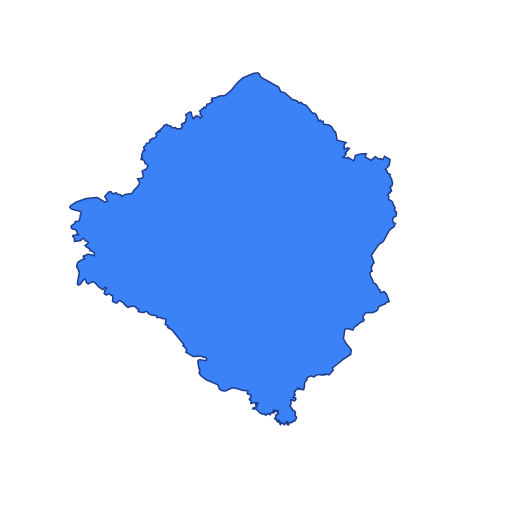 outline of Bang Rakam, Phitsanulok, Thailand, rotated 147°
{"feature_id": "78962969B65860849823906", "entity_name": "Bang Rakam", "entity_type": "district", "adm_level": 2, "iso_a3": "THA", "parent_name": "Thailand", "parent_adm1": "Phitsanulok", "projection": "albers", "projection_center": [100.075, 16.744], "detail": "fine", "context": "isolated", "style": "filled", "palette": "blue", "viewbox_px": 512, "rotation_deg": 147, "n_neighbors": 0, "source": "geoboundaries", "source_scale": "gbopen_adm2", "svg_char_len": 6149}
<svg xmlns="http://www.w3.org/2000/svg" viewBox="0 0 512 512"><g transform="rotate(147 256 256)"><path d="M319.7,98.2L316.6,96.8L314.9,97.2L313.7,96.4L310.4,97.9L309.8,98.9L310.1,101.3L308.1,103.1L308.1,105.6L309.4,106.4L308.9,108.0L309.3,112.1L307.9,112.2L304.6,116.5L303.0,113.6L300.9,113.8L300.0,115.7L301.8,117.1L300.0,118.3L298.9,118.1L297.8,121.3L296.7,121.2L296.3,121.8L293.7,121.9L293.2,122.3L292.9,121.3L292.2,121.9L292.1,120.8L291.0,120.4L291.0,119.4L289.8,119.0L289.4,118.0L288.6,118.0L287.7,119.3L286.7,119.6L284.9,122.6L283.1,123.9L280.5,124.4L280.3,125.9L278.0,126.2L274.9,125.3L273.3,122.9L270.3,123.3L267.7,122.2L265.1,119.8L263.5,119.6L263.2,118.7L262.1,119.3L259.4,116.5L253.5,118.1L253.0,120.5L239.5,121.8L230.2,121.9L227.2,125.4L228.1,134.7L227.6,139.2L221.5,146.0L218.8,145.3L215.0,141.1L212.9,142.5L210.6,143.0L208.7,142.7L208.2,143.2L204.0,143.4L201.3,142.8L200.0,143.8L200.4,144.9L199.5,146.5L197.3,148.0L195.1,148.4L193.8,148.1L189.2,145.1L186.4,144.4L183.5,144.5L180.7,146.7L173.3,145.5L172.7,146.2L169.1,145.2L167.3,153.1L168.0,156.6L171.4,157.1L170.6,160.1L171.1,161.2L170.7,165.8L171.0,167.8L172.3,169.4L171.2,172.6L171.1,176.5L169.9,179.7L168.3,180.3L166.8,180.0L165.7,184.3L164.7,183.9L162.3,185.8L160.6,186.0L158.8,193.8L146.6,198.8L141.5,198.8L130.0,205.0L124.3,205.4L121.4,207.4L122.1,208.0L122.6,210.1L122.3,211.3L119.9,213.5L116.8,213.2L114.3,216.2L115.1,219.2L113.1,220.5L112.7,225.1L112.0,227.2L113.0,229.7L114.3,231.1L112.2,233.5L111.9,236.0L109.0,236.0L109.1,236.8L107.0,236.6L105.7,241.1L103.7,240.9L101.9,242.6L100.5,246.1L100.1,250.6L99.1,251.1L100.5,254.2L99.8,255.6L100.3,258.2L95.2,259.4L91.0,263.8L93.9,269.6L97.0,267.6L98.6,269.9L99.7,269.9L102.0,274.4L105.8,273.6L106.0,274.0L107.2,273.3L110.6,279.6L107.8,281.7L108.3,282.2L113.0,284.7L117.8,286.2L122.2,282.5L125.3,288.8L126.1,288.5L129.3,291.3L125.9,292.0L124.7,292.8L125.0,293.8L119.1,295.4L120.6,297.0L122.7,297.0L123.8,298.7L122.4,299.3L121.9,301.1L118.7,302.1L125.0,309.0L122.1,315.4L121.9,317.4L122.5,317.8L122.2,323.2L123.6,326.4L127.4,329.5L126.4,332.6L127.7,332.8L128.1,335.0L129.9,335.2L128.5,341.0L128.9,343.4L129.7,344.4L130.8,344.6L131.8,354.9L133.9,357.7L134.6,360.5L136.7,360.7L136.8,363.1L139.2,366.5L139.9,366.4L142.9,376.7L143.6,378.1L145.8,380.1L145.0,385.4L153.5,401.2L154.5,403.7L154.1,407.1L154.9,408.7L158.6,410.5L169.9,412.6L176.5,411.6L187.3,408.3L194.9,407.5L199.0,409.9L204.3,410.9L206.9,412.4L207.8,411.1L208.6,411.1L208.1,409.8L208.6,409.0L212.6,409.3L214.4,410.0L217.4,407.9L218.6,409.0L218.7,408.4L221.6,408.8L223.3,408.0L224.3,408.3L224.5,406.1L225.7,405.4L225.0,402.8L226.0,402.0L227.7,402.0L227.3,402.9L228.9,405.4L229.7,405.3L230.3,406.3L231.6,405.4L232.6,406.0L233.1,405.2L233.9,405.1L233.6,407.9L232.1,411.8L232.9,412.8L238.1,412.8L238.4,410.7L239.3,409.3L240.7,408.8L241.6,406.8L243.1,407.0L244.0,406.2L244.9,407.2L246.8,407.1L247.4,404.5L248.4,404.5L249.0,403.4L253.2,405.8L253.7,407.8L256.5,408.9L256.5,411.0L258.4,413.4L259.4,413.6L259.1,415.0L262.3,415.6L263.8,414.6L268.6,413.8L268.9,412.6L269.9,413.1L269.7,413.8L272.9,413.5L273.5,413.1L273.3,411.4L274.3,411.2L274.7,410.5L277.7,410.1L278.4,411.0L281.8,411.1L283.4,409.0L286.8,410.1L287.8,409.1L290.8,408.4L291.4,407.9L291.7,405.0L293.5,405.7L294.6,404.5L296.6,403.4L297.6,401.6L297.4,400.7L298.8,400.8L299.8,399.5L298.4,398.7L297.9,396.2L298.6,394.0L297.4,391.7L297.5,390.5L300.1,388.8L305.3,389.2L307.3,383.6L309.9,383.5L313.2,385.3L313.8,380.4L316.9,378.9L322.6,377.6L325.9,376.0L332.1,378.8L336.0,379.1L336.2,381.1L338.5,383.3L338.9,385.2L342.4,386.2L342.7,389.1L344.8,389.9L350.4,388.3L350.5,383.2L353.4,383.5L357.3,391.6L367.3,396.8L377.2,399.1L383.6,399.2L385.6,398.5L385.5,396.9L384.3,394.7L379.6,389.7L378.9,388.1L379.2,387.2L381.3,385.9L382.9,383.7L385.3,382.0L386.7,382.0L388.3,383.3L391.3,381.9L394.5,381.9L395.6,380.4L395.3,378.7L392.8,376.1L393.2,372.9L393.8,372.3L393.3,370.5L398.1,372.9L398.9,372.7L398.7,369.3L400.4,367.1L394.8,364.5L391.8,364.9L390.6,364.2L390.9,361.6L389.3,359.8L389.3,358.1L393.6,357.9L393.3,356.0L391.7,352.8L392.4,351.0L390.6,349.1L390.1,346.3L391.1,344.6L391.9,344.3L392.6,345.8L395.4,348.6L397.2,349.5L398.7,349.0L400.3,350.1L401.5,349.3L401.3,346.9L404.7,347.8L408.9,347.7L411.8,345.5L412.5,344.1L412.1,342.3L413.1,340.0L412.5,339.2L420.7,330.3L421.0,328.4L418.5,328.1L412.7,330.3L411.9,329.5L412.7,326.0L411.9,323.9L407.7,323.6L405.7,321.8L404.7,315.6L402.9,311.4L402.1,311.0L399.6,311.9L398.9,310.8L399.1,310.1L401.8,309.2L403.7,307.2L403.3,305.7L402.4,304.7L399.1,304.1L399.0,301.9L397.8,300.9L399.6,297.7L400.8,296.6L400.7,295.2L398.7,292.5L397.8,292.3L395.5,293.3L394.3,292.3L392.5,288.6L392.8,288.0L391.9,283.4L390.8,282.3L389.5,282.5L388.4,281.6L386.8,281.5L384.7,278.9L384.6,276.8L383.2,275.3L384.8,274.2L384.9,273.4L382.3,270.7L380.3,269.6L379.0,269.8L377.6,268.6L377.5,266.0L375.4,262.9L372.2,260.5L372.6,258.3L369.5,256.4L369.0,254.9L365.8,252.3L369.3,248.1L367.8,244.6L369.0,244.1L366.8,240.2L364.8,221.9L364.9,220.9L366.1,220.7L365.3,217.6L365.4,214.7L367.2,213.6L363.4,205.9L357.0,202.3L355.4,199.9L353.8,198.8L353.5,196.9L354.0,195.7L355.1,195.6L359.9,199.9L362.0,199.6L364.0,195.5L364.7,193.3L364.4,192.4L365.2,192.2L365.7,189.9L367.3,189.3L367.5,185.9L365.3,179.5L358.4,169.2L358.3,167.5L359.2,164.4L357.8,161.5L355.1,159.4L348.9,158.6L346.2,157.4L339.9,150.1L336.7,147.8L336.6,146.4L337.8,146.0L338.4,145.0L336.8,143.4L336.2,140.9L339.5,139.7L339.8,138.7L338.5,137.5L340.7,135.3L335.6,133.0L334.6,131.1L335.3,130.9L336.9,132.0L337.5,131.3L337.0,129.8L337.4,129.2L341.3,130.1L342.0,129.6L339.1,127.4L338.3,122.6L336.7,119.7L335.2,119.0L334.5,117.0L333.1,117.5L332.1,116.7L330.4,116.5L330.5,115.2L329.0,116.1L326.4,114.7L325.8,115.1L326.1,116.7L324.5,116.9L323.9,116.0L324.9,115.3L321.6,114.1L322.1,113.3L323.2,113.3L323.2,111.3L325.2,111.9L326.3,111.6L327.3,109.6L328.6,109.8L329.0,109.4L328.3,108.4L328.4,107.1L326.1,105.9L326.5,105.4L328.2,105.6L328.1,104.8L326.5,103.4L327.4,102.2L327.2,101.3L325.4,102.6L325.3,101.2L324.3,100.5L324.2,99.1L322.3,99.5L321.7,100.5L319.8,99.9L320.0,99.1L321.6,98.5L321.2,96.8L320.3,96.7L319.7,98.2Z" fill="#3b82f6" stroke="#1e3a8a" stroke-width="1.5"/></g></svg>